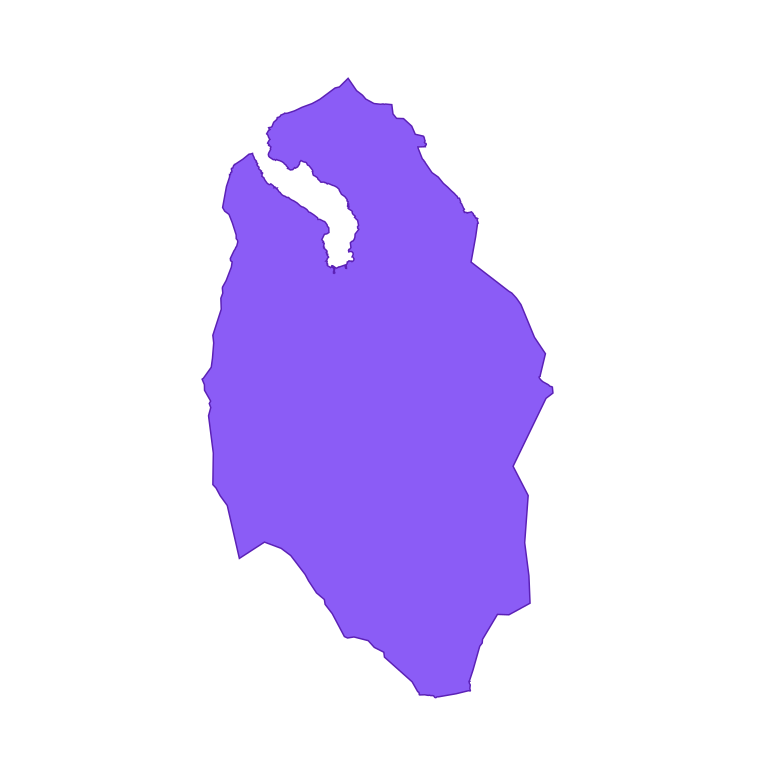 Sauda nor, Rogaland, Norway, rotated 126°
{"feature_id": "86288312B22433756147713", "entity_name": "Sauda nor", "entity_type": "district", "adm_level": 2, "iso_a3": "NOR", "parent_name": "Norway", "parent_adm1": "Rogaland", "projection": "mercator", "projection_center": [6.323, 59.704], "detail": "fine", "context": "isolated", "style": "filled", "palette": "violet", "viewbox_px": 768, "rotation_deg": 126, "n_neighbors": 0, "source": "geoboundaries", "source_scale": "gbopen_adm2", "svg_char_len": 6159}
<svg xmlns="http://www.w3.org/2000/svg" viewBox="0 0 768 768"><g transform="rotate(126 384 384)"><path d="M157.8,592.7L169.9,594.7L173.3,597.6L191.3,603.2L199.4,607.0L208.2,612.9L215.7,617.0L221.4,621.1L222.7,622.4L223.3,623.6L224.1,623.7L227.3,625.6L228.5,625.3L230.8,626.3L230.7,626.6L231.2,627.0L232.9,626.2L237.1,627.1L241.7,625.9L242.9,626.5L244.2,627.8L244.3,627.2L245.2,627.1L245.2,625.8L247.0,626.4L250.6,626.0L250.8,624.6L251.2,623.7L252.0,622.8L252.9,620.9L253.1,620.0L254.0,620.2L257.6,619.8L257.9,617.6L258.8,617.5L258.5,615.7L258.7,614.8L260.1,614.5L260.9,613.6L265.0,613.0L266.3,612.5L267.4,611.3L267.8,609.9L267.6,605.4L266.7,604.5L266.8,603.2L265.5,602.8L265.2,601.0L264.7,600.1L264.1,597.4L264.0,595.1L264.4,594.2L264.4,592.0L264.8,591.5L265.4,588.7L266.3,588.7L266.0,587.8L265.9,585.6L264.2,583.8L261.5,583.5L261.5,582.6L259.2,581.5L255.6,581.7L254.3,582.6L252.0,582.5L251.7,580.2L251.1,578.5L250.7,578.0L250.6,576.7L251.8,574.6L251.4,573.0L253.0,567.5L253.9,566.6L254.3,566.8L254.5,566.3L255.8,565.1L256.7,563.7L256.4,562.8L256.2,559.2L257.1,557.8L257.4,555.1L257.8,554.2L257.8,553.7L255.9,551.1L255.9,550.2L255.4,549.7L255.5,547.5L254.7,547.3L254.4,546.5L253.5,542.4L252.9,540.8L252.5,537.8L252.8,535.1L253.1,534.4L253.6,534.0L255.5,529.9L255.4,525.8L256.5,522.1L257.6,521.6L257.6,520.2L259.6,519.2L259.3,518.3L260.7,518.3L260.6,517.4L261.1,517.3L261.1,518.2L261.6,518.0L261.8,517.8L261.8,517.3L261.5,516.4L262.9,516.4L263.1,515.5L262.9,512.3L263.1,510.9L264.2,510.4L265.0,508.6L265.0,507.2L265.2,505.8L266.5,505.8L266.7,504.0L267.1,503.0L267.0,501.7L270.6,497.8L272.5,497.8L272.8,497.3L273.4,496.9L273.6,495.5L273.8,495.3L279.7,495.5L281.9,494.1L282.8,493.6L283.7,493.5L284.1,493.1L286.6,493.2L287.8,494.0L289.6,494.2L293.1,490.9L295.5,491.0L295.8,491.5L296.9,491.2L297.8,490.1L296.9,489.5L295.9,488.1L295.9,487.4L296.3,485.9L297.2,485.1L299.7,484.6L299.4,484.3L300.3,481.9L301.3,481.3L303.0,481.4L303.9,481.9L303.8,482.9L304.6,483.6L304.9,484.7L306.5,485.0L306.8,485.4L308.6,484.5L309.6,484.8L312.5,482.3L312.9,483.0L310.8,485.6L316.0,489.2L315.9,489.4L318.2,490.5L318.4,491.0L318.5,495.0L318.9,495.7L319.4,495.7L319.5,495.3L319.1,493.7L319.5,492.3L320.1,491.5L321.9,490.6L323.0,489.1L323.9,489.4L324.0,490.0L322.8,490.9L320.9,491.6L319.9,492.9L319.9,494.6L320.2,495.3L321.3,495.7L321.2,496.4L321.4,498.3L321.4,499.4L321.0,500.0L320.1,500.0L319.7,501.4L318.4,501.9L318.0,502.6L318.5,503.2L317.1,503.1L315.8,503.6L313.9,503.4L313.1,505.7L312.2,505.8L312.5,506.7L312.3,507.1L311.4,507.2L311.4,508.1L310.0,508.1L309.5,510.4L309.5,511.8L309.3,512.7L308.4,512.7L308.5,513.6L305.3,515.1L305.4,516.5L304.5,516.5L303.7,519.2L297.9,520.2L296.1,518.5L293.8,517.6L290.1,520.5L289.6,522.6L288.6,523.7L288.0,525.6L287.6,526.5L287.6,528.0L287.8,528.2L288.5,532.7L289.7,534.2L288.6,535.4L288.4,540.0L288.6,544.5L289.1,545.9L288.2,548.9L288.2,551.1L288.4,553.3L288.9,554.5L289.1,556.3L288.6,560.6L288.9,565.0L289.2,565.8L289.5,568.6L289.2,570.9L290.2,572.3L290.3,574.6L290.8,575.9L290.9,577.7L290.5,579.6L290.1,580.5L290.2,581.9L289.3,584.2L289.2,585.5L288.3,585.6L289.0,586.4L289.0,587.3L289.7,588.2L288.8,588.2L289.1,589.1L288.7,590.1L288.6,593.2L289.5,593.4L290.2,594.1L290.3,596.3L289.1,600.0L288.2,601.8L287.8,602.3L287.7,605.0L286.8,605.3L286.4,605.8L285.0,606.1L285.5,606.9L284.6,607.0L284.7,608.3L283.8,608.4L283.5,612.0L282.1,612.5L281.9,613.4L282.0,614.3L281.5,614.8L281.4,615.7L280.0,615.8L279.6,618.0L278.7,618.1L278.2,620.8L277.0,622.4L275.8,624.7L274.7,625.9L276.3,627.1L277.4,628.3L285.0,630.3L293.3,633.4L294.1,633.9L294.3,633.6L295.5,634.1L298.1,633.3L299.2,634.1L299.5,634.0L300.1,633.6L301.2,632.2L302.2,631.8L302.6,632.2L303.2,632.2L304.9,631.4L305.2,631.8L305.3,631.5L305.9,631.6L307.3,630.6L316.7,627.6L336.1,618.3L337.8,614.5L337.9,609.1L342.8,601.4L350.3,591.2L353.3,589.0L353.7,587.2L355.0,585.8L359.0,584.2L360.6,584.2L362.6,583.7L364.3,583.7L372.8,582.1L374.4,580.6L374.5,578.6L379.2,576.2L393.1,572.5L400.5,571.6L401.6,571.0L405.3,567.8L410.5,566.4L419.2,559.6L445.2,551.1L450.9,545.9L464.0,537.9L472.0,533.6L485.5,533.5L487.0,534.0L490.1,528.9L494.6,525.5L499.7,514.2L502.5,513.9L504.9,510.3L512.8,507.3L540.2,481.5L566.0,463.3L566.9,458.7L570.7,450.8L574.4,439.4L610.1,398.5L582.2,387.8L577.4,370.6L577.5,365.6L577.6,358.6L584.4,335.9L587.6,329.3L592.7,315.8L593.4,305.6L596.9,302.1L600.2,290.9L611.6,267.6L610.9,264.2L606.3,259.6L600.9,245.9L602.8,237.0L601.1,226.5L604.7,223.1L608.4,186.2L613.1,175.8L612.9,174.8L613.9,173.3L614.6,172.9L614.6,172.4L611.5,168.4L610.0,165.3L609.0,164.2L608.6,163.0L607.6,161.7L607.1,160.5L607.7,158.7L607.3,157.7L605.8,157.1L604.8,155.8L592.1,143.5L582.5,135.4L581.7,133.9L581.3,133.9L579.9,135.6L576.8,137.3L575.8,139.2L574.6,140.4L574.1,139.9L573.9,140.4L563.3,143.8L539.9,152.4L535.8,152.3L532.7,154.2L503.7,156.8L497.3,147.3L475.5,137.0L454.0,154.0L429.7,176.9L389.5,201.8L374.7,231.2L300.4,244.5L292.0,242.0L287.5,246.0L287.7,247.0L288.3,248.5L288.0,250.4L288.8,256.9L288.5,259.5L288.0,261.4L287.5,262.4L287.0,262.7L285.9,262.2L285.4,262.6L264.6,271.2L257.8,289.7L239.3,319.8L236.7,327.3L235.3,334.1L235.6,337.7L234.2,385.2L211.0,396.4L199.1,402.7L198.5,402.3L196.6,405.0L195.9,405.4L195.2,405.3L195.2,406.6L195.8,407.0L195.9,407.4L195.3,408.3L195.2,409.1L194.5,409.5L194.4,409.8L194.8,410.2L194.8,410.7L193.7,412.1L193.6,413.1L193.4,413.7L193.4,414.6L194.3,415.1L196.2,417.0L196.5,416.9L196.9,417.5L196.8,418.2L197.3,419.2L197.8,419.5L197.9,420.0L197.3,420.5L197.0,421.7L196.0,421.9L195.4,421.7L195.2,422.1L195.1,422.9L192.6,427.2L192.4,428.8L191.5,429.1L189.4,432.2L190.2,433.6L189.4,434.7L189.1,435.5L189.1,436.5L188.5,439.1L188.1,443.1L187.3,448.2L186.8,453.9L184.7,461.7L184.8,469.4L180.7,480.8L180.2,481.7L180.1,482.7L179.7,483.2L179.3,485.4L173.3,494.8L172.3,495.9L167.7,490.0L166.8,490.8L165.8,490.4L165.2,490.7L164.7,491.4L165.0,492.8L164.7,493.4L163.2,493.6L162.0,495.3L161.2,496.0L161.0,496.7L160.4,497.3L160.4,498.0L163.6,505.5L159.1,513.1L157.8,524.2L161.7,530.0L160.2,535.5L153.4,541.9L156.6,547.3L157.7,548.3L157.7,548.8L158.1,549.5L159.7,551.2L163.0,557.0L164.2,566.2L163.0,571.1L162.8,578.6L157.8,592.7Z" fill="#8b5cf6" stroke="#5b21b6" stroke-width="1.5"/></g></svg>